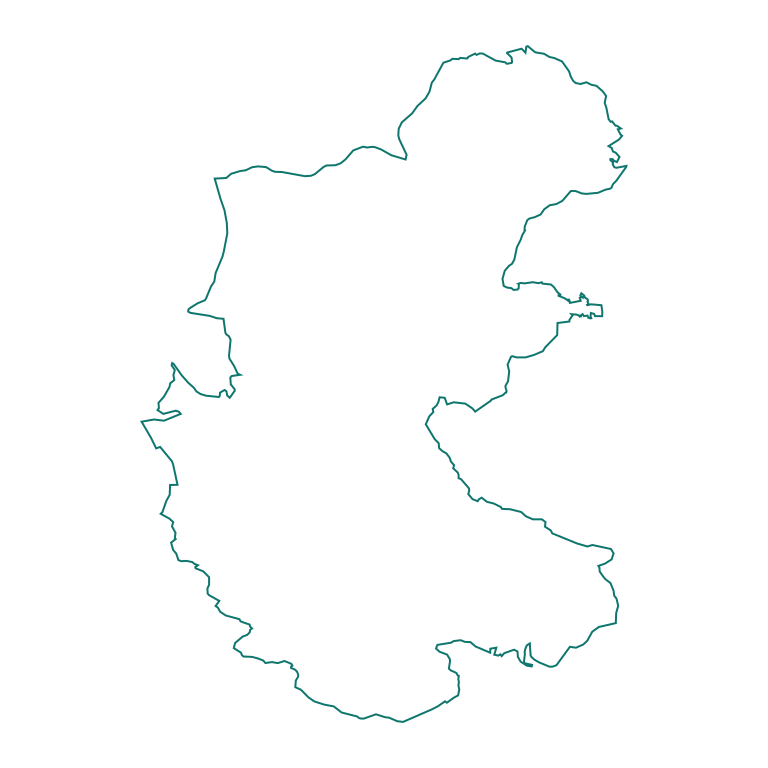 the district of Recea-Cristur, Cluj, Romania
{"feature_id": "2599482B27327294293574", "entity_name": "Recea-Cristur", "entity_type": "district", "adm_level": 2, "iso_a3": "ROU", "parent_name": "Romania", "parent_adm1": "Cluj", "projection": "natural_earth1", "projection_center": [23.552, 47.116], "detail": "fine", "context": "isolated", "style": "outline", "palette": "teal", "viewbox_px": 768, "rotation_deg": 0, "n_neighbors": 0, "source": "geoboundaries", "source_scale": "gbopen_adm2", "svg_char_len": 6085}
<svg xmlns="http://www.w3.org/2000/svg" viewBox="0 0 768 768"><path d="M611.0,549.0L592.4,545.0L587.4,546.5L576.9,543.4L552.3,533.4L550.7,530.4L545.0,526.7L545.5,522.1L541.9,519.3L532.8,519.3L525.9,516.3L521.2,512.0L509.9,509.2L502.0,508.9L500.8,507.0L493.7,503.5L486.9,501.8L481.7,497.7L479.0,499.2L477.6,501.2L472.5,499.1L468.3,494.1L469.3,490.3L468.9,488.3L461.0,479.1L458.6,478.2L458.6,474.8L457.7,472.5L453.2,468.3L454.1,465.2L451.0,461.7L449.6,457.6L446.2,453.2L442.9,451.5L439.1,448.1L438.7,443.2L434.8,439.3L425.8,424.3L429.3,416.3L433.3,412.1L432.7,408.9L436.7,405.4L438.5,401.7L439.6,397.3L444.7,397.8L447.1,404.4L453.8,402.3L465.3,403.6L472.4,408.4L475.2,411.6L491.1,400.5L491.4,399.6L502.8,395.2L505.9,392.3L506.0,393.4L506.6,390.9L505.5,387.4L505.5,385.7L508.0,381.4L509.2,371.5L507.6,364.6L511.0,356.8L512.2,356.2L516.7,357.4L525.6,357.4L533.8,355.0L542.8,351.2L545.4,347.1L557.2,335.1L557.5,323.0L569.4,321.5L569.5,319.8L572.6,315.3L571.5,314.2L576.6,314.6L578.9,315.5L579.6,316.6L580.9,316.4L580.6,315.4L582.6,314.1L583.8,316.1L587.5,315.6L588.3,317.7L590.6,318.4L591.3,318.2L590.5,316.2L590.9,313.0L594.1,313.9L595.0,316.1L602.2,316.2L602.3,311.5L601.4,305.2L590.9,304.3L587.4,305.2L587.1,304.8L588.6,304.0L587.5,301.8L588.0,300.9L587.6,299.3L583.5,296.6L584.4,296.1L584.2,295.5L581.3,293.3L580.4,295.2L581.7,297.2L580.8,296.8L579.7,297.9L580.7,300.8L569.9,302.9L569.6,301.8L568.3,300.8L569.4,300.6L568.8,299.5L566.7,299.7L564.8,298.3L558.7,295.9L558.6,295.3L560.2,295.3L560.4,294.6L557.4,292.2L554.1,287.3L551.0,284.5L542.4,283.6L541.8,282.3L538.5,283.2L532.9,282.2L524.3,283.4L520.9,282.9L518.5,283.7L518.9,283.9L518.6,288.5L517.3,289.6L513.5,289.9L511.5,288.2L506.9,287.5L503.7,285.9L502.5,278.8L504.8,270.7L508.9,265.9L512.0,263.8L514.3,259.7L516.9,247.3L520.9,239.3L522.1,235.4L525.1,230.3L524.5,229.9L524.8,226.4L527.3,220.1L529.5,218.5L534.7,217.2L540.6,214.5L544.3,209.2L549.8,205.2L556.2,204.1L562.3,200.9L570.9,191.0L575.8,191.1L581.6,193.4L586.3,193.9L598.0,192.8L605.4,189.7L610.3,188.6L611.3,187.9L613.1,184.0L616.2,180.9L626.1,167.1L626.4,165.9L616.4,167.8L614.3,167.2L612.7,164.2L613.1,162.5L610.5,160.3L610.4,159.1L612.6,159.1L613.9,160.7L616.9,162.1L619.5,156.9L615.6,152.6L613.0,151.5L611.7,148.0L608.6,146.1L619.0,139.5L622.1,135.8L620.5,134.5L617.8,129.3L620.9,128.5L617.0,125.8L615.5,125.7L612.1,121.4L610.6,121.8L608.6,119.1L606.4,107.9L604.7,102.8L606.1,96.0L602.8,91.4L596.4,85.8L591.4,84.8L586.4,82.3L580.6,84.0L575.6,83.0L573.1,80.8L570.7,76.4L569.1,71.4L562.0,61.4L554.2,58.0L549.5,57.0L544.1,53.8L535.2,52.3L527.7,46.1L526.3,46.7L525.5,52.7L521.6,48.7L507.3,52.5L507.0,53.1L511.5,57.4L512.1,62.2L511.6,62.9L506.9,63.8L505.2,62.3L495.7,60.6L482.8,53.6L479.9,53.4L476.5,54.9L475.1,53.6L468.3,56.9L467.2,58.5L460.2,57.9L458.7,59.1L452.5,58.8L450.2,60.5L443.4,62.7L434.4,79.3L431.8,82.7L429.5,91.6L425.7,98.3L417.4,106.0L412.3,113.2L401.8,122.4L398.7,128.8L398.3,135.5L399.3,139.3L406.6,154.8L405.6,159.5L391.2,155.2L381.2,149.5L375.4,147.3L372.6,146.8L367.1,147.5L363.0,146.7L353.3,150.4L345.5,159.4L340.6,163.3L335.5,165.2L326.4,165.5L323.4,167.1L314.9,174.1L310.9,175.8L305.0,176.2L281.8,172.0L274.9,171.8L271.7,170.6L266.1,167.1L258.1,166.4L252.1,167.2L245.7,170.3L240.4,171.0L231.3,173.7L226.2,178.0L214.7,178.6L220.6,199.1L224.5,210.3L226.8,223.0L227.3,233.3L223.9,251.1L222.5,256.5L215.6,273.1L214.3,281.6L211.0,286.5L206.0,298.6L204.8,300.3L197.6,303.3L189.9,308.1L188.5,309.4L188.1,311.1L188.5,311.9L190.6,312.9L209.9,315.9L216.7,318.2L223.5,318.8L225.4,332.8L226.3,334.4L229.0,336.3L230.6,339.8L229.0,355.8L229.4,358.5L234.1,366.0L237.7,373.7L240.1,374.8L231.7,376.0L230.3,377.6L230.8,384.4L234.6,389.2L234.8,390.7L229.7,397.8L227.2,395.4L226.4,391.2L224.5,390.0L220.1,392.6L219.6,396.3L218.9,397.0L206.0,395.7L200.5,394.0L196.5,391.5L193.8,387.7L188.2,382.7L181.6,375.2L173.6,363.9L172.2,363.1L171.6,365.3L174.8,370.1L173.4,375.1L174.3,380.0L170.2,383.3L169.5,387.0L163.9,396.7L158.5,402.9L158.9,408.2L157.5,410.0L163.3,413.9L175.7,410.7L178.8,411.7L180.7,413.9L164.0,420.7L154.1,419.5L141.6,421.7L151.0,437.8L156.2,448.4L160.1,446.9L172.1,461.5L173.2,464.8L177.5,484.8L170.1,485.0L169.7,494.8L166.3,501.0L162.4,512.2L160.7,513.8L169.5,518.7L173.2,522.1L172.0,526.4L175.5,532.8L174.8,538.0L175.7,539.0L171.1,542.6L173.1,549.9L176.3,553.7L178.4,560.1L181.3,561.2L186.7,560.9L192.4,562.1L194.3,563.8L197.9,565.2L195.3,567.1L195.6,568.3L203.2,571.3L209.1,577.2L209.1,584.8L207.4,588.5L207.7,593.6L209.1,595.2L219.3,600.9L215.6,606.0L217.8,607.5L220.2,611.8L225.8,615.5L239.5,619.2L240.4,621.1L241.5,621.8L249.5,624.5L250.2,626.7L252.0,628.5L250.1,629.9L249.7,632.3L247.2,634.9L242.6,636.6L235.1,643.0L233.8,648.1L241.0,652.7L241.9,655.1L243.4,656.5L252.1,656.9L257.8,658.4L263.2,660.5L265.4,663.0L272.0,662.1L277.8,663.1L284.5,661.0L291.3,663.8L292.4,665.7L291.2,666.6L291.0,667.9L294.8,669.5L296.9,671.4L298.3,674.9L298.0,676.9L295.8,680.6L295.3,687.2L301.0,689.8L308.5,697.4L314.3,701.4L324.2,704.6L333.8,706.4L341.6,712.5L357.2,716.5L359.2,718.1L360.8,718.5L363.8,718.6L376.0,714.3L385.0,717.2L389.2,717.7L397.2,721.2L403.1,721.9L432.0,709.3L437.9,706.3L445.0,701.3L446.9,702.7L453.6,697.8L458.1,695.4L459.3,689.3L458.4,685.7L458.9,681.9L458.3,679.4L458.8,675.9L457.8,675.5L456.3,672.9L450.6,670.3L448.9,668.6L450.0,661.3L449.8,659.1L447.1,654.6L439.5,651.7L436.0,648.5L437.4,644.9L451.1,642.7L453.6,641.1L460.7,640.2L465.0,641.9L470.4,642.1L475.6,646.5L490.2,652.7L490.3,648.7L496.3,647.7L494.3,654.7L498.4,655.6L500.4,654.3L501.7,656.1L504.2,653.2L514.1,649.7L517.5,651.5L517.9,656.9L520.6,661.6L526.9,665.7L531.7,666.4L532.1,664.9L525.0,663.3L524.2,662.7L524.0,661.3L524.9,654.1L524.6,652.2L525.4,648.6L526.8,645.4L529.8,643.4L530.6,655.4L531.3,656.8L534.3,659.6L539.1,662.4L549.5,666.7L552.4,666.7L556.5,665.2L569.9,646.8L576.0,647.7L583.3,644.5L587.4,640.6L592.2,631.8L598.8,627.0L615.8,623.1L616.2,613.0L618.2,605.8L616.5,598.6L614.2,595.6L613.6,590.8L610.5,583.1L605.5,579.3L602.8,576.0L599.7,571.5L599.4,567.4L598.4,565.9L605.0,563.6L611.6,559.4L613.6,553.4L611.0,549.0Z" fill="none" stroke="#0f766e" stroke-width="2"/></svg>